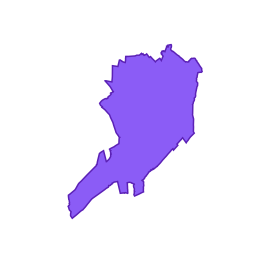 the district of Miroslava, Iasi, Romania, rotated 240°
{"feature_id": "2599482B99405455155139", "entity_name": "Miroslava", "entity_type": "district", "adm_level": 2, "iso_a3": "ROU", "parent_name": "Romania", "parent_adm1": "Iasi", "projection": "natural_earth1", "projection_center": [27.489, 47.15], "detail": "fine", "context": "isolated", "style": "filled", "palette": "violet", "viewbox_px": 256, "rotation_deg": 240, "n_neighbors": 0, "source": "geoboundaries", "source_scale": "gbopen_adm2", "svg_char_len": 5669}
<svg xmlns="http://www.w3.org/2000/svg" viewBox="0 0 256 256"><g transform="rotate(240 128 128)"><path d="M89.1,177.8L90.4,182.8L92.1,182.8L96.2,185.3L98.0,186.2L103.0,189.3L107.3,190.5L107.7,190.9L115.0,195.3L115.5,195.6L115.9,195.6L115.9,195.8L116.1,195.9L116.5,196.5L117.8,197.7L118.0,197.8L118.4,198.7L118.9,199.3L119.3,199.7L120.1,200.0L120.7,200.3L120.9,200.6L120.9,201.3L121.0,201.5L121.8,202.5L122.1,202.7L123.7,203.5L125.3,204.8L127.0,206.4L127.6,206.8L128.2,207.5L128.7,207.8L129.1,208.2L129.5,208.7L129.8,209.3L130.2,209.6L131.7,210.6L132.3,210.9L133.9,210.6L134.1,210.6L134.6,210.8L135.7,211.7L136.6,212.0L137.0,212.4L137.3,213.0L137.5,213.3L138.7,214.1L139.3,214.7L141.0,216.2L141.0,216.3L140.9,216.6L140.0,218.7L139.6,219.3L139.7,219.9L139.7,220.1L139.8,220.4L139.9,220.5L140.7,220.6L141.9,221.1L142.8,221.6L143.0,221.5L144.1,221.4L145.4,221.3L146.3,221.2L148.3,221.2L151.1,220.9L151.4,221.0L151.4,220.9L152.3,220.9L152.7,220.8L153.3,220.9L154.4,220.9L155.0,220.7L155.6,219.8L155.8,218.9L156.5,218.1L156.4,217.8L156.3,217.4L156.5,216.8L155.8,215.4L155.8,214.9L155.5,214.0L155.0,213.7L155.3,212.6L155.9,212.1L156.3,211.4L156.3,211.0L158.3,210.1L158.8,209.9L159.1,210.0L160.2,209.7L162.2,209.0L162.4,208.8L163.8,208.4L164.1,208.2L165.1,208.1L166.0,207.5L166.6,207.2L171.1,205.6L172.2,205.1L172.2,204.8L172.2,204.7L172.7,204.6L173.7,204.3L174.6,204.2L175.7,205.0L175.9,205.3L176.1,205.7L176.4,206.0L177.2,206.6L178.3,207.1L178.7,207.0L179.8,203.7L179.4,203.5L179.0,203.3L178.7,203.3L178.3,203.5L178.1,203.2L178.5,202.8L179.0,202.6L178.9,202.5L179.3,202.2L178.8,201.9L175.7,198.1L176.8,197.7L177.0,197.5L176.6,196.8L176.6,196.7L176.8,196.4L177.5,196.3L177.6,196.1L176.5,194.2L175.7,194.5L175.4,193.9L174.5,194.1L172.7,194.3L169.8,190.6L171.8,190.5L172.2,190.5L172.4,190.4L172.5,190.3L172.0,185.7L171.6,184.8L174.3,184.2L176.0,183.7L177.3,183.5L177.9,183.3L178.2,183.3L178.6,183.2L178.5,181.7L179.9,181.5L180.8,181.5L182.7,181.2L182.8,181.2L182.7,180.6L182.8,178.6L183.1,178.6L183.1,178.2L184.8,178.1L184.7,177.0L185.9,177.0L185.8,176.2L185.4,174.6L185.4,174.2L186.7,171.9L186.8,170.6L187.0,169.9L189.7,164.3L191.1,161.8L190.3,161.4L190.1,161.1L189.0,160.4L188.5,160.2L186.3,158.5L186.1,158.3L187.1,157.3L189.0,155.9L189.2,156.1L190.6,155.3L190.9,155.2L191.1,154.5L187.9,151.5L186.3,150.0L187.1,149.0L189.7,145.7L180.4,140.2L178.6,139.0L176.0,137.1L180.0,132.4L180.1,132.2L180.3,131.8L180.3,131.7L173.0,133.2L167.7,133.3L166.8,133.5L166.7,133.3L166.8,131.4L166.8,131.2L167.0,131.0L166.9,130.4L166.7,130.5L165.9,130.4L165.5,129.7L165.0,127.9L165.1,127.4L164.9,126.3L164.8,126.2L164.6,126.0L164.4,125.8L164.1,125.8L164.0,125.5L163.9,124.4L164.1,124.4L164.2,124.1L164.3,123.9L164.5,123.8L164.5,123.5L164.8,122.8L164.9,120.6L164.8,119.3L164.5,118.1L164.0,116.8L163.8,116.4L163.6,115.8L162.0,115.6L161.2,115.6L159.3,116.4L159.0,115.7L156.9,116.6L156.4,116.7L155.2,117.2L154.2,117.4L150.8,118.1L149.3,118.5L148.5,118.6L145.6,118.1L140.3,117.7L137.6,117.0L131.7,115.8L130.7,115.5L128.8,115.4L127.5,115.7L127.0,115.6L126.5,115.8L124.6,115.7L124.3,115.8L124.0,116.1L123.8,115.6L123.1,114.9L119.0,112.3L119.0,111.0L118.9,107.9L118.7,106.8L118.8,105.7L118.9,103.9L119.0,102.1L118.9,101.4L117.7,101.4L117.3,101.5L117.1,101.6L117.1,101.4L116.9,101.3L116.9,101.1L114.0,100.4L114.2,100.0L112.9,99.3L111.9,98.6L111.7,98.3L110.5,96.1L109.8,93.5L109.8,92.9L109.6,92.7L109.7,92.4L120.6,95.5L120.5,92.1L120.2,90.6L120.1,90.4L115.2,85.7L113.7,84.3L112.3,83.3L112.2,82.7L111.9,82.8L111.7,82.4L111.2,81.5L107.8,69.0L105.5,61.3L104.7,57.9L104.4,57.2L103.9,56.3L101.8,52.8L101.5,52.3L100.9,51.0L99.8,44.6L99.6,42.8L98.5,42.2L95.7,41.0L95.0,41.0L92.6,40.0L92.2,39.8L91.9,39.2L91.1,39.2L90.5,38.5L90.4,38.3L90.4,37.8L90.1,37.0L89.6,37.0L86.7,36.3L86.1,36.3L84.1,36.8L84.0,36.7L83.5,36.4L82.4,35.4L81.6,34.9L80.7,34.4L80.1,34.4L77.7,34.6L78.5,39.7L79.5,44.6L79.7,45.8L79.7,46.3L79.8,46.8L79.7,47.8L81.0,51.7L82.4,55.1L82.9,56.5L84.1,59.5L84.7,61.4L84.9,63.0L85.5,69.3L86.2,76.1L86.3,77.1L86.6,78.8L86.6,81.4L86.7,81.6L87.0,81.8L87.8,82.5L87.2,83.3L87.2,84.0L87.4,84.5L87.5,84.7L87.4,85.1L87.6,86.5L88.1,86.6L88.0,88.1L88.1,89.0L87.2,91.2L86.9,92.2L75.3,88.7L73.9,91.9L73.6,92.0L73.4,92.2L73.3,92.5L73.5,92.7L73.5,92.9L73.4,93.3L72.9,93.7L72.4,94.3L71.6,95.0L71.7,95.3L71.9,95.4L73.7,96.3L74.8,96.9L76.0,97.4L77.0,98.0L81.0,100.0L80.3,102.1L79.7,102.8L78.8,103.7L78.5,103.6L78.3,103.8L77.6,104.4L77.1,104.6L76.7,104.9L76.5,105.3L76.2,105.3L76.2,105.0L76.0,104.9L75.5,104.1L75.2,103.9L74.6,103.6L73.1,103.2L72.6,103.3L71.9,103.0L70.4,101.9L70.1,101.9L69.8,102.0L69.7,101.6L68.2,100.7L67.8,100.2L67.5,99.9L66.5,99.7L65.8,99.7L65.3,104.3L65.1,108.0L64.9,109.5L66.7,110.3L67.5,110.9L69.0,111.7L69.8,112.3L69.9,112.6L70.1,112.8L72.5,113.9L72.9,114.1L73.2,114.5L73.4,114.6L73.7,114.6L74.3,114.5L74.8,114.3L75.6,113.9L75.7,114.1L75.7,114.3L75.7,114.5L75.7,115.0L75.5,115.3L75.6,115.6L75.6,115.8L75.8,116.0L76.0,116.4L76.0,116.7L76.3,117.0L76.3,117.3L76.6,117.5L76.6,117.8L77.1,118.4L77.2,118.7L77.3,119.4L77.4,119.9L77.6,120.0L78.2,121.6L79.0,123.3L79.2,123.6L79.4,123.7L79.5,124.3L79.4,124.5L79.5,125.9L79.9,126.1L80.0,126.3L80.2,126.6L79.9,126.8L79.7,127.3L79.7,127.5L80.0,127.7L80.0,128.0L79.8,128.0L79.7,127.9L79.7,128.3L79.6,128.5L79.6,128.8L79.7,129.1L79.6,129.5L79.5,129.8L79.8,130.3L80.0,130.2L79.8,130.7L79.9,132.1L80.2,133.1L80.4,134.0L80.2,134.2L80.3,134.3L80.5,134.9L81.6,138.6L82.9,141.9L83.6,144.2L83.9,144.9L84.0,145.5L84.3,146.2L84.3,146.5L85.6,150.0L86.6,153.2L87.1,154.2L87.6,156.5L86.1,156.4L88.1,162.5L89.6,162.4L90.0,163.7L91.1,167.0L91.4,168.2L92.2,170.4L86.1,171.0L86.9,172.5L87.2,173.6L88.4,176.0L89.1,177.8Z" fill="#8b5cf6" stroke="#5b21b6" stroke-width="1.5"/></g></svg>